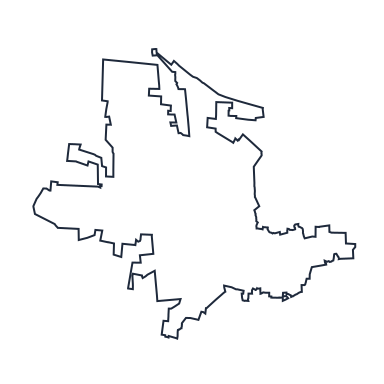 Tixkokob, Yucatán, Mexico (Natural Earth projection), rotated 176°
{"feature_id": "50627088B39788143145852", "entity_name": "Tixkokob", "entity_type": "district", "adm_level": 2, "iso_a3": "MEX", "parent_name": "Mexico", "parent_adm1": "Yucatán", "projection": "natural_earth1", "projection_center": [-89.387, 20.975], "detail": "fine", "context": "isolated", "style": "outline", "palette": "slate", "viewbox_px": 384, "rotation_deg": 176, "n_neighbors": 0, "source": "geoboundaries", "source_scale": "gbopen_adm2", "svg_char_len": 5899}
<svg xmlns="http://www.w3.org/2000/svg" viewBox="0 0 384 384"><g transform="rotate(176 192 192)"><path d="M245.4,326.0L271.4,330.4L275.4,289.6L269.8,288.4L269.9,287.5L271.7,280.7L273.3,273.0L272.2,272.8L269.4,273.0L268.3,264.8L272.7,265.2L274.5,250.1L268.1,241.8L268.4,237.7L268.2,236.8L267.6,235.8L268.1,229.7L268.9,219.8L269.4,212.6L276.7,213.5L276.0,222.5L279.9,224.1L280.1,232.4L285.1,234.8L286.2,235.9L287.8,236.7L301.6,242.2L301.4,243.0L300.8,244.7L299.8,247.1L301.3,247.3L306.2,247.9L311.2,248.4L313.0,239.2L313.8,234.7L314.4,231.7L312.6,231.5L305.5,230.6L305.1,230.3L294.4,225.7L293.1,229.7L284.1,225.9L285.2,206.5L281.6,205.8L281.8,204.2L283.2,204.4L283.2,202.8L285.3,203.9L325.8,208.5L325.3,211.1L331.7,212.4L333.1,203.3L334.1,203.4L336.9,205.6L340.1,205.9L343.0,201.5L345.6,198.2L346.9,196.7L347.5,196.0L351.0,189.4L351.2,188.9L351.2,188.2L350.2,181.0L331.2,169.6L330.4,168.2L328.5,165.8L328.4,165.6L307.7,163.1L308.3,152.0L299.6,153.6L292.2,155.8L291.0,160.9L284.2,159.8L286.9,149.9L279.3,147.7L279.2,147.8L273.4,146.1L274.2,138.2L274.5,135.0L267.1,132.1L265.0,145.2L253.2,143.2L253.1,143.3L252.2,143.0L251.1,148.2L249.1,146.2L247.3,146.8L246.7,148.1L246.6,149.0L245.8,153.3L235.0,152.1L235.2,150.4L234.9,133.0L248.4,132.5L248.1,125.1L256.3,125.7L262.5,100.4L262.5,100.2L257.8,99.2L257.6,101.5L257.5,102.6L257.4,104.6L257.3,112.4L256.9,113.8L256.6,114.6L247.7,112.2L247.7,111.2L247.2,109.6L244.2,111.1L242.2,112.6L234.7,116.0L234.3,96.4L234.2,91.5L234.2,90.6L234.2,85.6L210.9,86.0L212.6,81.6L217.4,78.9L220.7,77.2L221.1,77.1L223.3,77.3L224.1,70.8L224.1,70.2L224.8,64.8L229.4,65.5L232.2,51.8L228.7,51.0L228.7,50.9L228.7,49.5L227.0,49.1L225.6,48.5L225.3,50.0L218.5,47.5L217.0,46.8L216.4,49.3L216.1,53.0L215.9,54.4L215.7,55.3L215.1,55.3L214.9,55.7L214.0,55.8L212.6,56.8L212.0,56.8L211.9,57.7L211.6,58.3L211.6,58.6L211.4,59.3L211.5,59.8L211.4,60.2L211.2,60.6L211.3,61.5L211.1,62.0L206.8,66.8L202.4,66.4L197.4,64.9L194.5,64.0L191.0,71.9L189.1,71.4L187.2,69.8L186.2,75.1L185.7,75.0L177.9,81.2L175.6,83.0L169.5,87.6L168.1,88.7L167.4,89.2L166.9,89.5L166.4,89.9L165.7,90.2L166.5,94.5L166.5,96.4L159.1,94.2L154.8,91.8L153.4,91.7L147.4,89.9L148.0,87.0L149.5,87.2L149.4,82.9L149.0,80.6L149.0,80.4L147.3,79.8L147.0,79.7L146.7,79.9L144.1,79.5L143.4,79.4L143.7,80.8L143.5,81.6L143.2,82.0L142.7,86.7L139.2,86.4L139.3,87.4L139.1,87.8L139.0,89.8L137.9,91.5L136.8,90.8L136.2,90.5L135.9,90.3L135.5,89.8L135.2,89.8L134.0,91.0L133.9,91.2L133.8,91.4L133.4,91.0L131.3,91.0L130.6,91.1L130.7,88.9L130.8,88.7L130.7,87.4L130.8,85.7L129.8,85.9L129.2,86.3L128.8,86.4L128.4,86.7L128.0,86.9L125.7,86.4L122.0,86.1L122.3,82.5L120.1,82.2L120.2,81.1L112.1,80.4L112.1,80.6L108.8,80.3L109.0,77.1L106.2,78.1L103.5,79.3L105.1,81.5L108.7,81.7L108.2,85.1L104.8,85.1L104.8,83.5L103.7,83.7L102.9,83.4L101.7,82.6L100.6,82.0L100.4,80.4L99.9,80.6L99.4,80.9L98.6,80.9L98.3,81.3L97.5,81.5L96.6,82.0L96.3,82.2L96.0,82.4L95.6,82.5L94.7,82.7L92.5,84.0L90.8,84.6L89.4,84.7L89.2,91.5L87.1,91.4L86.2,91.3L85.5,91.9L85.2,93.0L84.8,93.8L84.6,94.7L84.3,95.6L83.7,97.5L80.7,97.3L80.3,101.7L77.7,108.7L68.7,109.6L63.2,110.2L63.3,111.2L64.1,111.9L64.3,112.8L64.4,114.2L62.2,113.0L60.4,113.5L59.5,112.6L57.7,112.9L57.0,113.5L55.8,113.8L55.2,116.2L54.5,120.0L53.6,120.3L52.3,120.3L51.3,118.3L50.9,117.4L50.6,117.3L50.0,115.5L50.2,114.8L48.6,115.0L35.7,114.6L35.5,123.1L33.0,125.7L32.8,128.7L42.0,129.9L41.6,140.5L55.6,141.7L57.7,142.6L57.4,149.1L67.5,148.4L67.6,148.2L71.1,148.7L71.9,138.7L75.1,139.2L82.8,137.9L83.6,140.3L83.6,140.6L83.8,141.5L83.9,142.1L83.9,142.5L84.2,143.3L84.0,145.0L84.1,147.2L84.6,148.2L85.6,148.8L86.5,149.4L88.0,150.0L88.4,151.6L88.2,152.7L91.3,152.4L92.3,151.4L92.4,150.1L91.8,149.2L91.7,148.9L91.7,147.6L93.3,147.2L94.4,147.0L95.0,147.2L95.3,147.2L97.0,147.4L97.3,147.5L97.7,148.2L98.4,148.5L99.3,148.7L99.4,147.9L99.7,147.0L99.7,146.5L99.8,144.7L107.0,143.3L107.2,146.0L112.2,145.0L113.8,145.5L114.2,145.2L114.5,145.0L115.8,145.9L116.2,146.0L116.8,146.1L117.8,146.8L119.2,149.6L118.8,151.2L118.9,151.4L119.4,151.3L121.7,151.8L122.7,151.8L123.6,152.2L124.2,149.8L125.5,150.3L126.4,150.4L126.6,150.5L127.5,150.6L128.0,150.8L129.3,151.1L130.1,151.1L130.1,152.2L130.2,153.0L130.0,154.3L128.8,156.6L128.5,157.0L129.3,157.8L129.9,158.4L129.7,160.3L129.8,160.9L129.7,162.1L129.7,162.5L130.3,164.7L130.0,165.6L130.2,165.9L130.4,166.7L130.7,168.3L131.1,169.5L125.9,173.1L129.4,182.3L129.6,182.5L129.5,184.0L129.5,184.4L129.6,185.5L129.2,188.7L129.2,192.6L129.4,193.2L129.1,196.8L128.7,210.2L128.6,212.9L123.4,219.4L121.1,222.2L120.0,223.6L119.9,225.3L120.1,225.9L119.7,227.5L131.0,239.5L137.2,245.9L141.5,240.7L141.9,241.1L142.8,240.0L145.0,242.4L145.1,242.1L147.4,238.2L148.6,239.2L162.0,248.7L164.2,250.4L164.0,253.6L172.4,255.5L171.2,264.8L163.1,263.2L162.6,267.0L161.5,280.0L145.7,278.3L146.1,272.8L149.0,273.2L149.1,270.7L149.8,270.6L150.2,265.6L148.1,265.2L142.5,264.7L142.8,262.6L131.0,260.2L123.6,259.1L123.2,261.4L115.3,261.9L115.7,269.7L115.4,270.9L129.4,275.9L140.2,279.8L152.0,284.4L158.8,287.6L172.6,299.7L173.9,300.3L176.1,302.6L176.3,302.8L179.3,305.4L180.6,305.9L183.0,306.9L185.7,309.2L196.0,318.8L197.8,320.9L200.9,324.0L202.7,321.7L203.8,320.4L206.8,323.2L217.5,333.5L217.6,334.2L217.6,337.1L218.8,337.2L221.8,337.1L222.1,334.1L221.7,330.8L217.5,330.8L217.5,331.5L203.4,313.3L200.3,312.8L200.4,311.0L200.7,310.0L200.6,307.8L200.9,304.8L200.9,303.8L199.2,301.8L200.0,300.5L199.5,299.6L198.6,297.2L198.3,295.6L193.2,295.2L191.8,295.0L191.5,286.0L191.1,269.3L191.0,267.2L190.8,255.8L190.8,254.0L190.8,247.9L192.2,248.3L193.8,248.7L196.9,249.4L197.4,250.1L199.2,251.7L200.4,251.6L201.3,251.6L202.4,259.4L208.2,259.4L208.7,262.9L202.8,262.4L204.0,270.5L206.9,270.7L210.4,271.1L210.1,274.7L207.6,274.3L207.3,277.4L207.0,279.7L216.8,281.7L216.1,289.5L216.9,289.6L218.3,289.8L228.3,291.2L227.5,298.0L217.4,297.1L217.3,300.5L217.4,305.4L217.6,321.2L245.4,326.0Z" fill="none" stroke="#1e293b" stroke-width="2"/></g></svg>